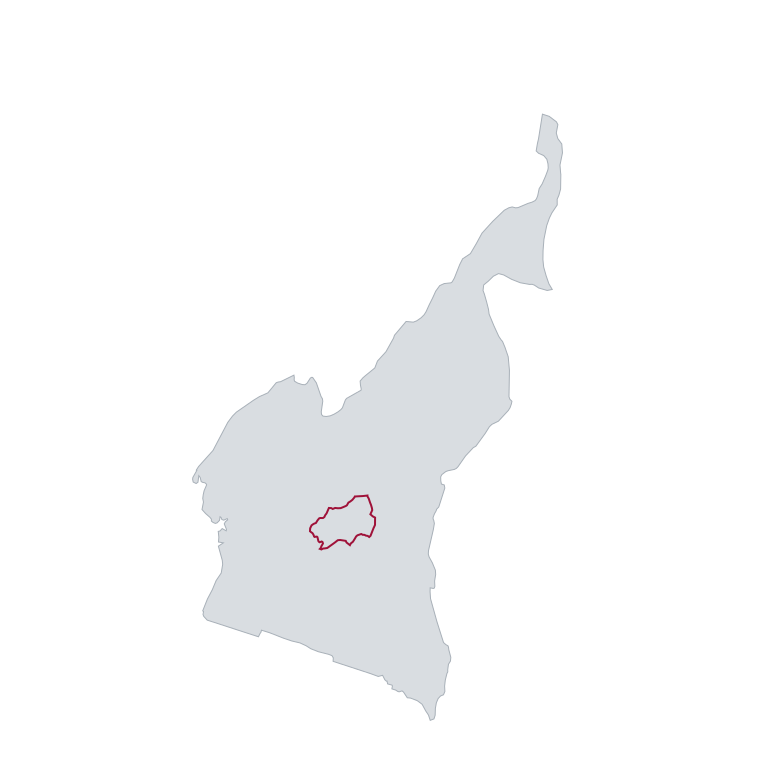 Haute-Sanaga, Centre, Cameroon (highlighted), rotated 18°
{"feature_id": "32672807B25561230915667", "entity_name": "Haute-Sanaga", "entity_type": "district", "adm_level": 2, "iso_a3": "CMR", "parent_name": "Cameroon", "parent_adm1": "Centre", "projection": "equal_earth", "projection_center": [12.366, 4.679], "detail": "fine", "context": "in_parent", "style": "outline", "palette": "rose", "viewbox_px": 768, "rotation_deg": 18, "n_neighbors": 0, "source": "geoboundaries", "source_scale": "gbopen_adm2", "svg_char_len": 5033}
<svg xmlns="http://www.w3.org/2000/svg" viewBox="0 0 768 768"><g transform="rotate(18 384 384)"><path d="M232.1,523.9L233.2,519.7L241.9,500.1L247.3,468.7L249.8,461.4L252.3,456.4L264.9,439.8L269.5,434.4L276.3,428.3L281.1,416.1L282.8,414.8L284.9,413.8L295.6,403.4L296.6,405.4L297.3,407.9L298.1,409.0L301.6,409.8L306.4,409.8L309.1,409.1L310.6,407.0L312.1,401.2L313.0,400.1L314.1,399.8L319.3,403.8L327.9,415.2L330.1,417.2L331.1,419.4L332.9,429.8L334.0,432.3L335.9,433.4L339.2,432.7L342.7,430.9L345.8,428.2L348.8,424.8L350.9,421.7L351.8,419.5L352.2,411.0L352.9,409.2L364.1,397.0L363.9,395.8L362.0,392.4L360.4,388.6L362.0,384.7L363.8,381.7L370.3,371.6L370.7,364.2L375.9,352.7L378.9,337.4L378.9,334.4L385.7,317.7L392.8,316.1L395.6,313.8L398.8,309.6L400.8,305.7L401.7,302.1L402.5,294.9L403.7,286.8L404.5,279.7L406.6,273.2L410.2,269.9L416.4,267.1L417.3,265.8L418.2,261.5L419.1,247.0L420.1,240.6L425.9,233.3L428.4,222.0L430.6,210.2L437.1,195.8L444.7,181.6L448.3,177.8L451.2,176.0L454.7,175.8L457.0,174.8L465.2,167.7L468.6,165.3L471.1,162.8L471.8,160.7L472.0,157.5L471.2,150.2L472.6,144.8L473.4,136.5L473.7,130.0L473.4,127.7L471.9,123.9L469.4,119.9L465.3,117.4L459.7,116.8L456.7,115.3L455.6,107.8L455.2,103.1L451.3,78.4L458.4,78.4L467.0,81.4L469.2,83.6L470.3,92.1L473.5,96.9L478.9,100.8L482.3,109.0L483.7,121.4L486.8,128.8L487.4,130.0L491.7,144.0L492.0,150.4L491.6,154.8L493.4,160.2L490.8,169.4L490.0,175.1L489.8,183.0L491.4,197.0L494.0,207.8L496.7,216.6L499.7,223.4L504.7,230.9L509.9,237.8L514.8,242.1L510.3,244.6L501.5,244.9L496.5,243.5L494.1,243.4L491.7,244.3L482.3,245.6L472.9,245.0L464.1,243.3L458.8,243.6L454.7,247.7L451.4,254.0L448.2,259.0L449.3,264.5L451.7,267.5L456.2,274.2L460.3,280.7L462.4,285.1L470.5,294.6L478.4,303.2L482.1,306.1L483.5,306.8L487.7,311.7L493.7,319.7L499.1,332.3L506.8,357.5L508.4,359.6L511.0,360.9L511.3,363.6L511.2,367.6L510.4,370.8L504.3,384.0L499.0,389.1L497.4,392.2L495.5,399.8L490.6,414.8L488.6,416.9L483.8,427.1L479.9,439.9L478.9,441.9L477.3,443.5L471.7,446.7L469.8,448.2L467.0,452.3L466.6,454.8L467.9,458.5L469.5,461.4L472.5,461.4L474.0,464.2L474.1,484.0L472.7,487.0L472.8,488.4L472.1,491.8L471.9,495.6L472.4,497.2L473.5,498.4L475.0,501.1L475.9,507.2L477.8,528.7L478.7,532.1L480.3,534.5L485.2,539.1L490.4,545.2L492.0,549.2L493.0,555.7L494.9,560.8L494.9,562.5L494.1,563.2L490.9,563.6L492.0,567.3L494.6,573.8L507.8,593.7L520.5,611.5L523.5,612.8L525.7,613.2L526.6,614.3L527.8,616.8L532.0,623.3L532.8,627.0L531.9,630.6L532.9,636.1L533.6,638.1L533.3,639.9L533.8,646.7L535.0,652.6L536.9,657.6L536.6,661.2L534.2,663.2L532.7,666.4L532.3,671.0L533.1,676.6L535.0,683.2L535.0,687.1L531.9,689.6L528.6,685.1L524.8,682.1L519.2,676.8L513.6,674.9L506.3,674.5L503.1,675.2L497.7,670.9L496.0,670.3L493.5,672.1L491.9,672.1L489.8,671.5L485.7,671.5L485.3,668.5L484.6,667.9L480.1,668.1L478.7,665.6L478.1,665.9L476.3,665.1L472.7,661.5L468.9,663.9L461.0,663.6L421.3,663.5L420.4,660.1L418.4,658.4L414.8,658.2L404.3,658.9L396.2,658.4L390.8,657.0L384.0,656.2L375.7,656.9L367.2,656.8L352.0,655.9L343.5,656.0L343.7,658.1L343.2,659.6L342.7,663.2L288.8,663.2L284.4,660.7L283.1,659.1L282.7,656.2L281.7,655.8L282.5,643.1L284.3,632.6L285.1,622.8L287.6,614.1L286.3,605.4L284.7,601.7L276.6,589.4L280.3,584.7L275.4,585.4L274.3,580.8L271.9,575.4L273.4,574.5L274.8,571.5L279.3,572.4L279.1,570.9L275.3,566.4L275.7,564.0L277.3,561.5L276.5,560.4L273.7,563.0L271.7,563.0L270.2,561.2L269.1,560.9L269.7,564.5L268.2,567.6L266.7,568.7L264.2,568.5L262.2,567.7L261.6,565.9L259.7,564.6L254.3,562.3L249.7,559.6L248.8,552.1L247.0,548.9L246.3,545.2L245.9,541.1L246.5,534.7L245.4,533.7L244.1,533.3L242.1,533.6L240.3,533.3L238.1,529.7L236.2,528.4L237.4,534.9L236.1,536.7L232.8,536.2L231.4,533.7L231.1,531.9L232.7,524.0L232.1,523.9Z" fill="#d9dde1" stroke="#a8b0b8" stroke-width="1"/><path d="M417.2,534.1L418.1,532.5L418.6,524.1L418.7,523.6L419.0,520.8L416.8,513.8L414.3,513.4L411.3,512.1L411.6,509.5L411.8,507.6L410.9,505.8L409.0,503.0L407.4,501.1L404.9,497.7L402.9,495.9L402.7,495.2L398.5,497.1L391.0,500.0L390.9,501.0L389.7,504.0L388.2,506.2L386.8,507.8L386.2,510.8L385.4,511.8L383.0,513.9L381.2,515.4L378.6,516.4L375.8,517.0L374.2,518.4L373.8,518.7L372.3,518.3L369.9,518.9L369.6,522.3L369.4,524.4L369.3,525.0L368.8,526.4L368.6,527.0L368.4,528.9L367.4,530.3L366.6,530.6L364.6,531.2L364.2,531.6L363.8,531.9L362.9,534.3L362.2,537.2L360.6,538.5L359.9,539.3L358.8,540.8L358.4,543.6L358.4,544.2L359.1,546.9L360.3,547.4L362.0,547.9L363.4,549.0L363.6,549.3L364.5,550.4L364.6,550.6L365.2,550.9L366.5,550.2L367.3,549.9L368.0,550.2L368.7,551.3L369.9,553.3L370.0,553.5L370.7,554.1L371.7,554.4L371.8,554.3L372.7,553.6L373.3,553.1L374.2,553.2L375.2,554.4L375.1,555.3L374.6,557.4L374.6,557.9L374.4,559.8L374.0,560.6L375.6,560.7L376.8,559.4L377.0,559.3L378.6,558.6L380.7,557.5L385.5,551.0L386.5,549.6L388.2,547.0L388.4,546.8L390.5,545.9L396.1,545.0L397.3,546.3L401.4,547.8L401.7,545.9L403.2,543.6L404.1,540.0L404.6,537.6L405.5,536.1L408.7,533.7L408.9,533.7L410.3,534.0L412.1,533.5L413.5,533.8L415.4,533.5L417.2,534.1Z" fill="none" stroke="#9f1239" stroke-width="2"/></g></svg>